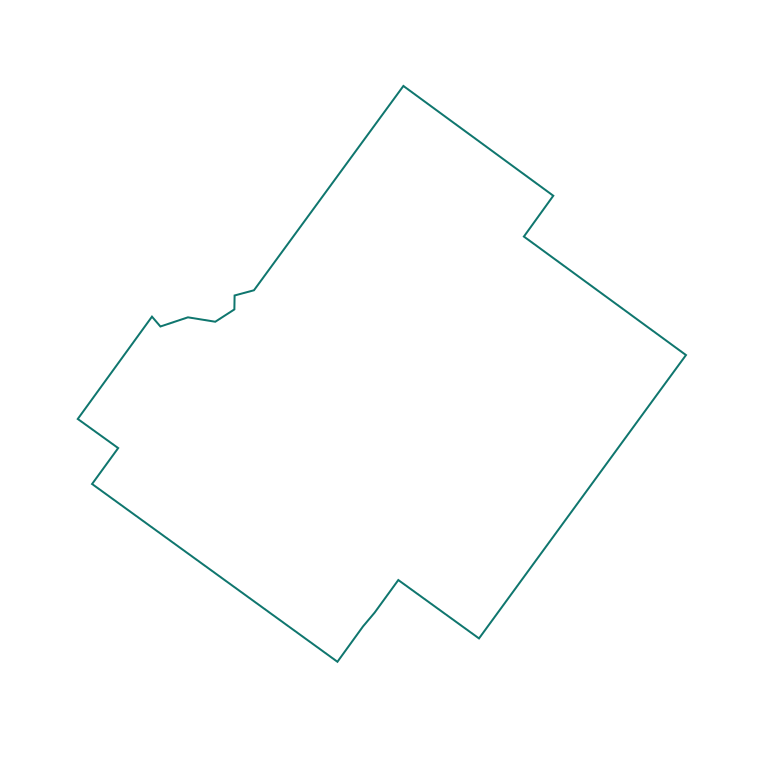 outline of Johnston, Oklahoma, United States of America, rotated 126°
{"feature_id": "52423323B47407228750846", "entity_name": "Johnston", "entity_type": "district", "adm_level": 2, "iso_a3": "USA", "parent_name": "United States of America", "parent_adm1": "Oklahoma", "projection": "albers", "projection_center": [-96.639, 34.31], "detail": "fine", "context": "isolated", "style": "outline", "palette": "teal", "viewbox_px": 768, "rotation_deg": 126, "n_neighbors": 0, "source": "geoboundaries", "source_scale": "gbopen_adm2", "svg_char_len": 418}
<svg xmlns="http://www.w3.org/2000/svg" viewBox="0 0 768 768"><g transform="rotate(126 384 384)"><path d="M132.2,357.7L131.5,543.5L384.6,544.3L400.2,556.9L411.6,548.9L432.8,557.1L445.3,581.8L468.9,598.7L465.9,611.3L592.3,611.2L592.1,561.4L636.5,561.4L636.1,258.4L592.4,258.5L574.5,257.2L534.2,257.2L534.0,157.6L234.3,156.9L183.1,156.7L182.5,357.5L132.2,357.7Z" fill="none" stroke="#0f766e" stroke-width="2"/></g></svg>